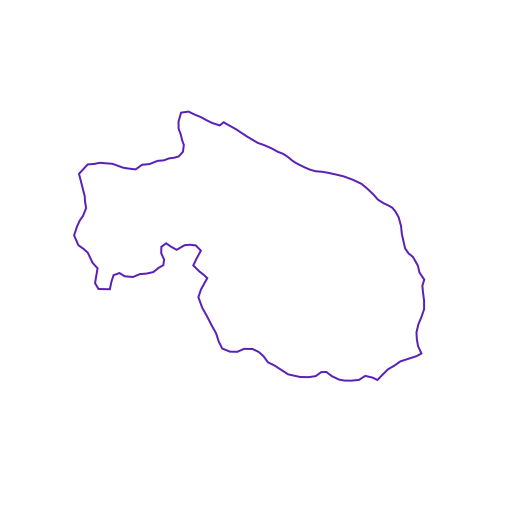 the district of Charqueadas, Rio Grande do Sul, Brazil, rotated 37°
{"feature_id": "56859067B28095216539953", "entity_name": "Charqueadas", "entity_type": "district", "adm_level": 2, "iso_a3": "BRA", "parent_name": "Brazil", "parent_adm1": "Rio Grande do Sul", "projection": "mercator", "projection_center": [-51.568, -29.995], "detail": "fine", "context": "isolated", "style": "outline", "palette": "violet", "viewbox_px": 512, "rotation_deg": 37, "n_neighbors": 0, "source": "geoboundaries", "source_scale": "gbopen_adm2", "svg_char_len": 1988}
<svg xmlns="http://www.w3.org/2000/svg" viewBox="0 0 512 512"><g transform="rotate(37 256 256)"><path d="M159.3,370.5L156.0,363.5L153.8,357.0L157.2,351.8L163.4,351.2L170.4,346.8L174.2,340.3L179.1,336.0L183.7,330.6L185.3,324.2L187.5,319.1L184.8,314.2L178.6,310.8L174.9,305.6L176.6,300.0L182.7,299.7L188.9,298.8L192.5,290.3L196.7,286.6L201.5,283.8L208.8,284.9L210.0,293.5L211.6,301.3L220.1,302.4L225.9,302.5L230.4,303.0L232.2,315.9L234.8,323.6L244.4,329.8L252.4,333.3L262.8,338.3L270.7,341.8L277.8,346.8L284.7,350.2L292.7,348.1L298.7,343.8L302.3,337.4L309.3,332.3L316.0,331.0L322.3,331.5L329.4,333.7L336.8,332.3L352.8,331.2L364.0,326.1L370.8,321.2L375.9,316.1L378.0,309.5L381.9,306.3L388.9,306.3L396.9,304.7L401.7,302.2L407.0,298.3L412.8,293.0L415.4,286.0L422.2,283.0L427.6,281.9L428.5,274.6L429.6,267.1L432.4,260.4L434.8,253.1L444.4,239.5L446.8,234.3L439.6,230.4L434.5,225.6L430.1,220.4L426.7,212.6L424.8,205.0L422.2,197.2L417.1,190.5L411.4,184.7L406.8,179.7L404.6,173.6L396.5,170.8L391.1,166.3L381.9,162.3L376.2,162.1L370.5,160.2L359.5,150.9L353.7,144.7L346.7,139.3L340.4,136.5L335.6,135.4L331.2,136.0L325.8,137.1L319.4,137.6L313.2,136.3L305.0,135.3L296.7,134.9L287.2,136.9L278.2,139.6L270.2,143.1L263.2,146.3L257.5,149.3L252.7,152.4L247.0,154.6L241.3,156.0L236.7,156.9L231.6,157.7L227.0,158.0L222.5,157.7L216.5,158.0L210.9,159.6L203.4,160.7L195.2,162.7L189.4,164.6L176.7,166.0L163.9,166.8L149.7,168.7L148.4,173.6L141.0,176.1L134.4,177.4L128.2,178.3L121.7,180.0L115.2,181.3L109.9,186.6L113.2,195.2L117.5,200.8L122.7,204.2L127.5,208.1L131.6,210.8L134.9,216.7L134.4,222.9L131.3,227.0L127.8,230.4L124.8,235.1L120.2,239.2L115.6,246.7L110.1,251.7L107.7,259.3L101.0,263.2L96.8,265.4L85.8,268.8L75.3,275.5L71.0,280.2L66.5,284.1L65.2,296.9L83.3,311.4L86.5,315.2L91.5,320.0L93.7,328.0L93.9,333.9L95.4,340.4L98.3,349.0L107.7,354.3L113.8,354.1L119.7,354.6L129.6,359.8L136.9,361.2L140.5,368.2L143.8,374.6L150.1,377.1L154.3,374.1L159.3,370.5Z" fill="none" stroke="#5b21b6" stroke-width="2"/></g></svg>